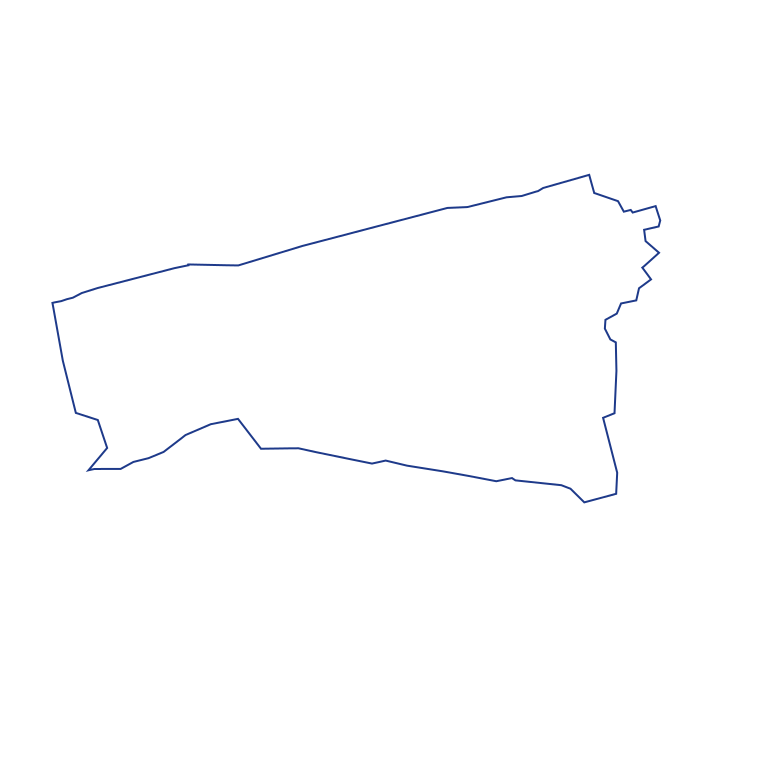 Baherden, Ahal, Turkmenistan (Natural Earth projection), rotated 256°
{"feature_id": "10190150B40000077655635", "entity_name": "Baherden", "entity_type": "district", "adm_level": 2, "iso_a3": "TKM", "parent_name": "Turkmenistan", "parent_adm1": "Ahal", "projection": "natural_earth1", "projection_center": [57.355, 39.019], "detail": "fine", "context": "isolated", "style": "outline", "palette": "blue", "viewbox_px": 768, "rotation_deg": 256, "n_neighbors": 0, "source": "geoboundaries", "source_scale": "gbopen_adm2", "svg_char_len": 1578}
<svg xmlns="http://www.w3.org/2000/svg" viewBox="0 0 768 768"><g transform="rotate(256 384 384)"><path d="M371.8,76.4L371.8,76.7L371.6,82.4L367.1,100.8L365.3,107.9L369.0,122.0L369.0,123.7L369.0,126.2L369.0,137.5L371.4,153.7L380.7,175.1L381.4,176.6L382.5,179.1L386.9,206.2L386.0,223.6L385.5,233.9L350.9,249.0L350.6,250.4L344.2,277.7L342.3,285.5L342.1,285.9L334.3,301.6L319.5,332.5L309.7,353.1L309.5,359.5L309.3,367.1L299.2,386.6L285.1,419.8L274.3,443.9L263.3,467.7L262.5,469.4L262.1,477.7L261.8,485.4L259.8,487.2L258.7,488.2L242.9,531.6L238.4,538.0L237.3,539.6L220.9,549.6L220.7,549.7L220.9,560.3L221.3,582.2L221.3,582.7L241.5,588.8L298.2,588.4L299.9,600.6L340.5,612.7L368.3,619.0L372.5,614.4L384.3,611.7L392.7,614.4L396.0,626.9L404.8,633.5L404.1,649.0L415.2,654.6L420.9,668.4L426.8,666.0L434.2,662.9L434.4,662.8L435.4,664.9L444.8,682.6L458.2,673.2L459.3,672.4L459.6,672.4L470.7,673.7L470.4,688.6L475.5,691.4L475.8,691.6L486.0,690.9L490.9,690.6L490.2,666.8L493.2,665.5L493.2,658.9L493.2,658.4L504.8,655.3L518.1,634.8L518.4,634.2L528.6,633.9L537.3,633.7L535.7,585.9L534.4,581.7L533.9,580.1L533.9,578.2L533.3,566.6L533.1,563.1L535.5,548.1L535.5,540.2L535.5,508.1L535.7,506.7L539.5,488.1L538.9,438.2L537.7,340.0L537.7,338.5L534.3,271.3L537.3,260.0L541.7,243.8L547.3,223.2L547.3,222.9L546.5,222.9L546.6,221.3L547.1,208.6L546.4,130.3L546.4,129.5L545.4,112.9L545.3,112.4L543.0,103.0L543.0,96.9L542.5,90.8L542.9,83.8L542.9,81.9L537.9,81.6L484.3,78.0L467.1,78.0L430.5,78.0L418.3,97.6L405.4,98.6L388.9,99.9L376.1,82.3L371.8,76.4Z" fill="none" stroke="#1e3a8a" stroke-width="2"/></g></svg>